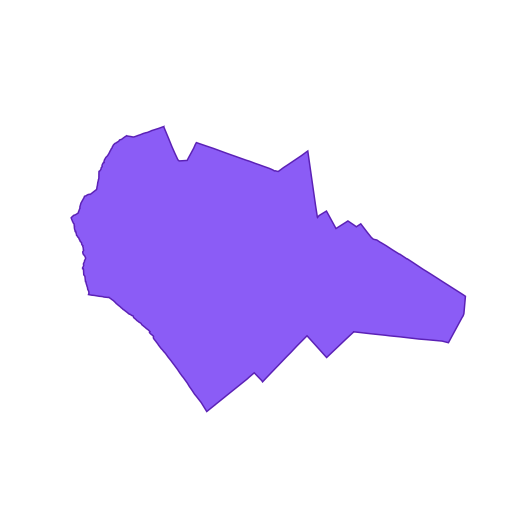 Buzias, Timis, Romania, rotated 152°
{"feature_id": "2599482B41254091250904", "entity_name": "Buzias", "entity_type": "district", "adm_level": 2, "iso_a3": "ROU", "parent_name": "Romania", "parent_adm1": "Timis", "projection": "orthographic", "projection_center": [21.63, 45.631], "detail": "fine", "context": "isolated", "style": "filled", "palette": "violet", "viewbox_px": 512, "rotation_deg": 152, "n_neighbors": 0, "source": "geoboundaries", "source_scale": "gbopen_adm2", "svg_char_len": 6022}
<svg xmlns="http://www.w3.org/2000/svg" viewBox="0 0 512 512"><g transform="rotate(152 256 256)"><path d="M401.2,376.6L401.3,376.3L401.4,376.0L401.4,375.9L401.4,375.6L401.6,374.4L401.6,373.8L401.7,373.0L401.8,372.3L401.7,371.9L401.8,371.3L401.8,370.4L401.7,370.0L401.6,369.8L401.6,369.5L402.2,368.3L402.3,368.1L402.2,367.5L402.8,367.1L402.9,366.8L403.0,366.4L403.0,366.2L403.5,365.3L403.6,364.7L403.9,363.2L404.1,362.9L404.1,362.7L403.7,362.9L403.6,362.7L403.8,361.8L403.8,361.4L404.1,360.8L404.2,360.1L404.4,359.3L404.7,358.8L404.7,358.6L404.7,358.3L404.4,357.6L404.4,357.3L404.5,356.7L404.4,356.3L404.1,355.6L404.1,355.4L404.1,354.6L404.1,354.1L404.3,353.4L404.2,353.1L404.1,352.9L404.2,352.5L404.2,352.0L404.2,351.7L404.4,351.4L404.3,351.0L404.0,350.4L403.8,350.0L403.8,349.6L404.1,349.0L404.3,348.6L404.4,347.9L404.4,347.3L404.2,346.9L404.1,346.7L404.0,346.4L404.4,345.9L404.5,345.6L404.6,345.0L404.7,344.4L404.9,343.9L405.3,343.2L405.4,342.7L405.4,342.4L405.4,342.2L405.5,342.0L405.7,341.8L406.2,341.5L406.8,341.2L407.0,341.0L407.5,340.0L407.5,339.4L407.6,339.0L407.7,338.5L407.7,338.2L407.4,337.5L407.2,336.1L407.3,335.5L407.3,335.3L407.3,334.8L407.3,334.5L407.5,334.0L407.9,333.6L408.0,333.5L408.5,333.1L408.8,332.9L409.4,332.6L409.7,332.2L409.8,332.0L410.3,331.4L411.9,330.3L412.2,329.7L412.3,329.6L412.4,329.1L412.5,328.7L413.3,327.9L414.0,327.4L414.6,327.1L414.8,326.8L415.1,326.1L414.5,325.8L414.5,325.4L416.9,320.3L416.6,318.4L417.9,315.2L418.6,313.4L418.3,313.1L418.9,311.3L419.2,309.4L419.5,308.3L419.6,307.2L420.1,306.0L420.3,305.0L420.2,304.4L420.4,303.0L421.0,301.5L422.0,300.6L419.4,298.5L417.4,297.2L414.7,295.1L413.0,293.8L412.2,293.3L411.7,293.0L410.1,291.8L409.6,291.2L405.7,288.6L405.3,288.6L405.2,288.2L404.5,286.9L403.5,284.8L402.9,283.7L402.3,281.8L401.9,280.7L401.8,279.8L401.2,278.5L400.8,277.4L399.6,274.7L399.3,273.5L398.8,272.5L398.6,272.0L398.6,271.6L398.1,270.6L397.9,270.4L397.3,269.0L395.9,265.9L395.8,265.7L395.8,265.3L395.6,265.0L395.5,264.7L395.0,263.9L394.7,263.8L394.5,263.6L394.3,263.3L394.1,262.8L393.9,262.3L393.8,262.0L393.5,261.7L392.9,261.2L392.7,260.9L392.7,260.5L392.8,260.1L392.9,259.0L392.8,258.7L392.6,258.2L392.1,257.0L391.8,256.2L391.5,255.0L390.7,253.5L390.5,252.8L389.9,251.8L389.5,251.2L389.3,250.9L389.1,250.2L389.1,249.6L389.1,249.2L389.0,248.8L388.6,247.9L388.0,246.4L387.7,245.7L387.3,244.8L387.0,243.8L386.4,242.5L385.8,241.3L385.3,239.7L385.1,239.1L385.6,238.9L385.8,238.7L386.0,238.4L385.7,237.2L385.5,236.5L385.0,235.4L384.9,235.1L384.7,234.7L384.3,233.6L384.2,233.4L384.2,233.2L384.4,232.9L384.7,232.5L385.0,232.0L385.1,231.5L385.0,230.1L384.9,229.7L384.6,228.2L384.4,227.1L384.4,226.6L384.2,225.7L384.0,224.5L383.9,223.0L383.6,221.3L383.5,220.5L383.4,220.1L383.2,218.7L382.7,217.2L382.4,215.4L382.1,214.1L381.7,212.7L381.2,209.2L381.2,208.8L380.8,206.6L380.3,204.1L379.7,200.0L379.5,198.8L378.6,193.0L378.1,187.9L377.8,186.2L377.8,185.6L377.2,182.6L377.0,181.0L376.3,176.0L376.1,171.9L375.6,168.0L375.1,162.7L374.7,160.9L373.2,152.4L372.5,141.8L360.1,144.2L345.0,147.1L330.2,149.9L321.3,151.6L319.1,152.2L312.4,153.7L309.4,143.2L309.3,141.8L307.2,142.5L304.3,143.5L291.6,147.7L291.0,147.9L275.4,153.0L270.8,154.4L262.0,157.4L248.4,161.6L245.0,148.1L242.4,137.6L241.3,133.2L216.2,140.2L206.2,142.9L205.4,143.0L205.0,142.8L205.0,143.0L200.2,139.7L191.5,133.7L179.3,125.5L175.5,122.8L166.6,116.9L151.3,106.3L144.4,101.9L131.6,93.5L126.8,89.1L103.0,104.9L101.4,105.8L100.0,107.0L99.3,107.8L90.0,122.1L91.2,124.4L103.2,145.6L109.7,157.2L114.7,165.8L120.9,177.3L123.5,182.0L123.8,182.5L124.3,182.8L124.8,183.9L128.2,190.2L128.6,190.4L132.6,197.3L136.2,203.9L139.4,209.2L139.7,209.5L141.8,213.4L144.5,215.7L145.5,218.4L146.0,221.2L146.6,224.3L148.4,235.2L153.7,234.7L154.9,237.2L158.4,243.8L160.5,243.6L172.5,242.7L172.5,244.9L172.7,262.6L174.5,262.5L181.3,262.1L183.6,261.1L183.6,261.4L179.9,272.1L161.0,324.4L163.3,324.1L167.3,323.5L168.7,323.3L186.1,321.5L188.5,321.3L190.5,321.1L192.4,320.8L192.6,320.8L192.8,320.7L196.7,320.2L197.7,321.0L199.0,322.2L199.6,322.4L199.8,322.5L200.0,322.8L200.6,323.9L201.9,325.6L202.9,326.8L203.1,327.1L207.6,332.0L210.2,334.9L213.2,338.1L214.5,339.6L217.3,342.8L219.7,345.2L229.2,355.6L229.5,355.9L233.7,360.5L242.9,370.8L248.2,376.4L255.4,384.1L257.3,382.9L260.3,380.5L265.1,377.3L269.8,374.2L271.9,372.7L279.2,376.0L279.8,377.6L279.4,385.3L278.9,392.2L278.0,400.7L277.3,408.1L276.8,413.5L276.7,413.6L277.2,413.7L282.9,414.5L283.2,414.6L286.6,415.2L289.2,415.7L291.2,415.8L294.0,416.1L295.2,416.5L298.0,417.1L301.3,417.4L303.4,417.8L305.9,418.1L307.8,418.4L308.7,418.8L310.5,420.3L312.3,421.6L313.0,422.2L313.6,422.5L313.7,422.9L315.5,422.8L316.1,422.7L317.0,422.6L320.1,422.1L321.6,422.5L321.9,422.5L322.2,422.4L322.3,422.2L322.9,422.0L323.5,421.8L323.9,421.7L325.3,421.7L326.0,421.5L326.5,421.5L327.0,421.6L327.8,421.6L329.4,421.1L330.1,420.8L330.4,420.5L331.5,419.9L331.9,419.4L332.6,418.9L333.6,418.5L334.2,418.0L334.6,417.7L335.2,417.3L335.4,417.3L335.6,417.1L337.8,415.5L338.5,415.1L339.4,414.6L339.6,414.4L340.0,414.2L341.8,413.7L342.5,413.4L343.3,412.9L343.8,412.5L344.4,412.3L344.7,411.9L344.9,411.7L345.5,411.2L346.0,410.6L346.1,410.4L346.2,409.8L346.3,409.8L346.5,409.8L346.7,410.0L346.9,410.1L347.5,409.7L348.2,409.3L349.2,408.5L349.5,408.1L349.7,407.7L349.7,407.4L349.9,407.1L350.0,407.0L350.6,406.9L350.9,406.8L351.1,406.7L351.5,406.2L352.4,405.2L353.0,404.9L353.5,404.6L353.9,404.5L354.2,404.5L354.6,404.3L354.9,404.4L355.5,403.4L355.7,403.0L356.3,402.0L356.8,401.0L357.3,400.2L357.9,399.0L358.6,398.0L358.9,397.7L359.2,397.4L359.4,397.2L359.5,397.2L360.0,396.4L361.1,395.3L361.7,394.5L361.9,394.2L362.7,393.1L362.8,392.8L363.0,392.7L363.9,391.7L364.6,390.7L365.5,389.6L373.5,388.2L374.0,388.7L375.4,389.1L377.0,389.1L377.7,388.9L378.1,389.0L378.9,389.2L379.5,389.2L380.1,388.5L385.7,384.9L388.3,382.2L388.7,381.6L388.9,380.9L389.2,380.7L390.0,380.1L390.8,379.3L391.6,378.7L392.3,378.0L392.6,377.5L395.2,377.2L396.3,377.2L397.9,377.5L401.2,376.6Z" fill="#8b5cf6" stroke="#5b21b6" stroke-width="1.5"/></g></svg>